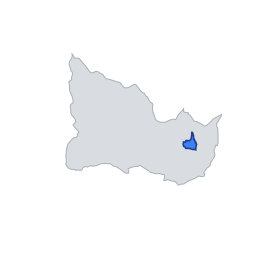 Gadzi, Mambéré-Kadéï, Central African Republic shown in context, rotated 218°
{"feature_id": "33826404B47432472160828", "entity_name": "Gadzi", "entity_type": "district", "adm_level": 2, "iso_a3": "CAF", "parent_name": "Central African Republic", "parent_adm1": "Mambéré-Kadéï", "projection": "robinson", "projection_center": [16.692, 4.858], "detail": "fine", "context": "in_parent", "style": "filled", "palette": "blue", "viewbox_px": 256, "rotation_deg": 218, "n_neighbors": 0, "source": "geoboundaries", "source_scale": "gbopen_adm2", "svg_char_len": 5122}
<svg xmlns="http://www.w3.org/2000/svg" viewBox="0 0 256 256"><g transform="rotate(218 128 128)"><path d="M171.0,95.8L173.0,96.4L173.4,97.1L172.8,99.4L173.2,100.8L174.4,102.0L175.5,102.6L176.6,102.8L180.5,103.6L182.1,104.4L184.3,107.1L186.9,109.6L187.6,110.9L187.5,112.1L186.7,113.5L186.8,114.1L188.1,115.6L189.5,117.0L192.0,118.7L196.5,121.2L198.5,123.0L199.2,124.3L200.4,125.7L202.0,127.0L203.1,128.0L202.3,130.8L202.6,131.7L203.0,132.5L203.9,133.6L204.3,135.0L205.2,136.8L206.3,137.6L208.1,137.9L209.1,138.8L211.1,140.2L213.1,141.4L213.9,142.3L214.4,143.0L214.9,143.9L215.1,144.8L215.2,146.7L215.5,149.0L216.6,150.7L217.6,151.9L213.6,150.5L213.0,150.4L212.3,150.7L210.2,152.4L209.5,152.6L206.9,152.2L200.6,150.9L195.7,149.6L194.2,149.1L191.6,148.7L189.9,149.6L188.3,152.6L187.8,153.2L185.3,154.1L184.1,153.8L181.1,154.7L176.6,153.4L175.0,153.7L173.7,154.3L170.5,155.7L168.5,156.4L166.2,157.2L164.0,158.2L162.5,158.8L161.1,158.8L159.8,158.2L158.4,157.7L156.7,157.6L154.9,157.9L153.4,159.1L152.8,160.0L151.5,162.3L150.0,166.0L149.3,166.7L148.8,167.1L141.7,165.3L138.6,164.8L136.6,165.4L134.0,164.4L132.9,164.2L132.3,164.5L130.9,164.0L128.5,162.8L126.3,162.2L124.3,162.4L123.0,162.0L122.1,160.7L120.8,158.5L118.5,156.2L115.4,154.4L113.4,153.1L112.7,152.2L111.0,151.7L108.4,151.6L106.0,152.5L102.5,155.3L99.2,161.0L97.4,163.2L95.9,163.8L95.5,165.2L96.3,167.4L96.5,169.9L96.0,174.3L96.1,177.4L95.4,176.9L94.6,175.4L94.3,175.1L92.1,175.8L91.0,176.4L90.4,177.0L89.9,177.1L89.2,176.3L88.7,176.1L87.9,176.3L87.0,176.2L86.4,176.1L86.1,176.2L85.0,175.7L81.3,174.5L80.7,174.1L79.9,174.2L78.0,175.2L77.0,175.5L73.9,176.2L70.6,176.5L69.4,176.5L68.5,177.0L68.0,177.6L66.9,181.6L66.7,182.3L66.7,183.3L66.4,186.5L66.5,187.5L62.6,196.3L62.0,194.8L61.5,193.1L61.4,191.2L61.5,190.6L61.2,190.1L60.9,188.4L61.2,187.4L61.0,186.3L60.2,185.3L59.5,184.4L59.1,183.7L58.8,183.4L58.0,183.3L57.0,182.9L52.6,177.7L48.0,171.9L47.1,170.1L46.7,169.0L47.9,168.8L48.1,168.7L48.2,168.1L47.5,166.7L47.1,164.8L46.6,163.6L44.8,161.8L43.1,160.5L42.6,159.8L42.2,158.8L41.6,152.5L41.3,150.8L40.8,150.0L40.4,149.6L40.2,149.2L40.3,148.1L40.5,147.1L40.5,146.7L41.0,145.8L41.0,140.0L40.4,139.2L39.4,139.2L38.9,138.4L38.4,137.3L38.6,136.6L39.6,135.4L40.2,134.9L42.1,134.0L42.7,133.5L43.0,133.0L43.3,132.2L44.4,129.2L46.1,126.2L46.8,125.6L48.5,121.3L48.9,120.1L49.2,119.0L49.7,118.1L51.5,116.6L52.9,114.1L54.4,114.2L56.0,114.6L58.0,114.8L59.5,114.3L60.5,113.3L65.3,111.6L65.7,110.2L66.4,109.4L67.3,108.8L67.6,108.7L67.7,109.2L68.2,110.6L69.3,112.1L70.9,113.6L71.4,113.5L72.4,112.3L74.9,111.6L75.5,111.3L77.3,109.5L79.4,108.4L80.7,108.0L82.8,106.9L84.4,107.0L86.8,106.8L91.0,106.3L93.9,106.1L95.4,105.9L95.8,105.6L96.4,104.0L96.8,103.5L98.0,102.8L100.2,100.3L101.6,98.1L102.0,97.4L102.3,97.2L102.9,96.3L102.3,95.4L99.9,93.5L99.9,93.3L99.8,92.9L99.9,92.7L100.8,91.9L102.1,91.0L103.4,90.7L106.9,90.8L109.9,90.6L110.6,90.6L113.0,90.2L114.6,89.8L116.2,88.9L119.9,89.0L123.0,86.6L123.9,86.2L124.3,85.9L124.4,85.5L125.8,84.6L127.5,82.7L128.7,81.0L129.1,79.8L132.6,75.7L133.8,75.8L134.4,75.3L135.8,72.5L136.2,72.0L137.6,71.6L138.3,70.7L138.9,69.5L138.9,68.1L138.6,66.9L138.6,66.3L139.0,65.8L139.5,65.2L142.2,63.7L142.8,63.0L143.2,62.4L144.0,62.3L144.8,62.3L145.3,62.0L145.9,61.3L147.7,60.4L149.4,59.7L151.2,60.0L154.5,60.9L155.5,62.8L155.9,63.5L160.0,68.1L160.7,69.2L162.8,72.6L164.0,74.8L165.4,78.1L165.5,79.8L165.4,81.3L165.1,85.6L164.7,86.8L163.0,89.1L162.9,90.2L163.3,91.0L163.8,91.4L164.1,91.8L164.0,93.8L164.6,94.6L165.9,95.1L169.3,95.5L171.0,95.8Z" fill="#d9dde1" stroke="#a8b0b8" stroke-width="1"/><path d="M72.2,162.8L72.4,162.8L72.7,163.1L73.3,163.4L73.4,163.6L73.7,163.8L74.0,164.0L74.3,164.0L74.6,164.1L74.9,164.1L75.0,164.0L75.1,163.9L75.0,163.7L74.9,163.5L74.7,163.6L74.3,163.3L74.2,162.8L73.9,162.1L73.6,161.7L73.3,161.5L73.0,161.3L73.0,161.0L72.9,160.7L72.4,159.7L72.1,159.3L71.8,159.1L71.8,158.7L71.6,158.2L71.7,157.5L71.7,156.8L71.7,156.5L71.7,156.2L71.8,155.7L72.0,155.5L72.4,155.4L72.7,155.2L72.8,155.1L73.0,155.0L73.2,154.9L73.3,154.8L73.5,154.4L74.2,154.3L74.5,154.1L74.6,153.7L74.5,153.4L74.5,153.2L74.3,152.9L74.2,152.7L73.9,152.3L74.0,152.2L74.4,152.1L74.5,152.0L74.6,151.8L74.8,151.7L75.4,151.4L75.7,151.2L75.5,150.9L75.4,150.6L75.1,150.2L74.9,149.6L74.5,149.1L73.3,148.1L72.8,147.8L72.6,147.8L71.8,148.1L71.4,148.2L71.2,148.2L70.9,148.1L70.5,147.7L70.1,147.5L69.9,147.5L69.7,147.7L68.7,148.5L67.4,149.3L66.3,150.0L64.0,150.8L62.4,151.9L61.7,152.3L61.2,152.5L61.5,152.7L61.6,152.8L61.7,153.0L61.8,153.1L62.0,153.1L62.0,153.3L61.9,153.6L62.0,153.7L62.3,154.2L62.5,154.3L62.6,154.2L62.8,154.2L62.9,154.7L62.9,155.2L63.2,155.6L63.3,156.1L63.7,157.0L63.8,157.3L64.2,157.4L64.4,157.7L64.7,157.9L64.9,158.0L65.1,157.9L65.3,157.8L65.3,157.7L65.5,157.7L65.6,157.8L65.6,158.3L65.8,158.5L65.9,158.3L66.0,158.3L66.0,158.2L66.2,158.3L66.3,158.5L66.5,158.7L66.7,158.8L66.8,158.9L67.0,158.9L67.3,158.9L68.0,159.3L68.0,159.2L68.3,159.3L68.3,159.5L68.5,159.9L68.8,159.9L68.9,159.7L69.0,159.6L69.2,159.9L69.3,160.1L69.6,160.4L70.1,160.5L70.3,160.7L70.5,160.9L70.9,161.4L71.2,161.8L72.0,162.6L72.2,162.8Z" fill="#3b82f6" stroke="#1e3a8a" stroke-width="1.5"/></g></svg>